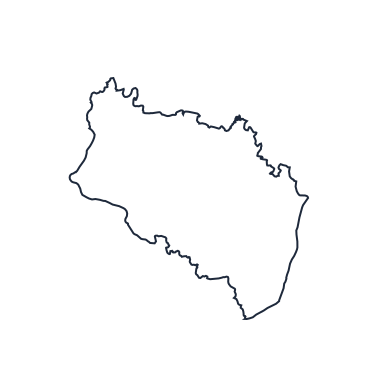 the district of Mompós, Bolívar, Colombia, rotated 237°
{"feature_id": "7082276B99347605500180", "entity_name": "Mompós", "entity_type": "district", "adm_level": 2, "iso_a3": "COL", "parent_name": "Colombia", "parent_adm1": "Bolívar", "projection": "mercator", "projection_center": [-74.509, 9.146], "detail": "fine", "context": "isolated", "style": "outline", "palette": "slate", "viewbox_px": 384, "rotation_deg": 237, "n_neighbors": 0, "source": "geoboundaries", "source_scale": "gbopen_adm2", "svg_char_len": 6088}
<svg xmlns="http://www.w3.org/2000/svg" viewBox="0 0 384 384"><g transform="rotate(237 192 192)"><path d="M56.7,167.3L55.7,168.7L54.7,171.4L53.8,174.8L54.2,179.1L53.5,187.6L53.6,192.2L52.5,201.6L53.0,205.6L53.7,206.1L61.4,216.4L65.0,219.5L65.9,221.5L67.9,224.0L68.6,224.2L70.9,226.7L73.5,230.2L78.5,235.2L81.0,239.0L82.7,242.8L85.0,246.5L86.7,248.8L88.1,250.2L93.1,253.4L99.3,256.4L102.9,258.5L104.9,261.3L112.2,268.3L119.1,276.0L120.5,278.0L123.8,286.1L124.9,286.4L126.1,286.1L127.5,284.9L130.4,280.7L131.1,280.3L132.9,280.1L135.6,280.3L140.1,281.8L144.1,285.2L145.7,283.8L146.1,284.0L147.2,283.8L147.2,283.6L148.1,283.2L149.9,282.6L151.9,282.5L156.4,284.6L159.4,287.4L160.6,285.8L162.5,285.4L163.1,284.9L164.9,283.1L167.1,281.4L166.7,279.7L165.5,277.9L164.1,277.5L162.0,278.2L161.6,278.1L160.9,276.7L160.5,274.7L158.3,273.6L159.0,272.5L159.0,271.0L160.2,269.8L163.2,269.3L164.6,267.5L164.9,267.4L165.3,268.5L165.2,269.6L164.8,270.5L165.0,271.4L166.5,273.5L166.9,273.7L167.7,273.5L170.5,272.2L171.2,272.5L171.5,272.4L172.7,270.3L173.3,269.6L174.4,269.9L176.9,271.3L177.5,272.1L178.0,272.2L178.8,271.6L180.8,269.3L182.4,267.8L182.9,268.0L183.0,268.7L182.7,269.9L183.2,270.0L183.8,269.7L186.0,267.0L186.9,266.5L188.2,268.0L188.8,268.4L190.5,273.2L192.0,274.3L192.7,275.3L195.0,276.2L195.3,274.9L194.7,272.1L194.9,271.8L196.6,271.5L198.1,271.4L200.0,273.3L202.4,273.9L204.8,274.2L205.2,274.7L205.7,277.3L206.6,278.3L207.1,278.1L208.2,276.5L208.9,276.1L214.1,276.2L214.9,275.9L215.2,275.3L215.1,275.0L213.3,272.4L214.5,271.0L215.9,270.5L216.9,270.5L217.7,270.8L220.5,273.3L220.9,273.9L221.6,276.7L224.5,274.7L225.3,274.6L225.4,274.2L226.0,274.0L226.4,273.2L226.1,272.5L226.3,272.5L226.4,271.4L227.9,270.3L227.5,269.5L227.8,268.8L228.2,269.1L228.7,269.0L228.9,269.8L228.7,270.0L228.7,270.9L228.3,271.5L228.3,272.2L227.8,272.6L228.4,272.9L229.3,272.6L229.6,273.4L229.3,273.6L230.2,273.3L230.0,273.0L229.7,273.1L229.6,271.9L230.7,270.5L230.8,269.9L230.4,269.4L229.9,269.6L230.1,268.8L229.8,268.3L229.4,268.2L228.5,266.9L227.9,266.6L227.9,265.5L227.3,265.3L227.1,266.5L226.8,266.4L227.2,264.4L226.8,263.7L226.9,263.1L226.4,263.0L226.3,262.0L225.6,259.8L224.8,259.7L224.6,259.5L224.9,258.9L224.7,258.4L224.4,258.2L224.2,257.1L223.8,256.2L224.4,254.1L225.8,253.2L226.8,253.6L228.2,253.5L229.0,253.1L229.7,253.2L230.9,252.8L231.1,252.0L230.4,250.2L230.5,249.1L234.3,245.9L236.7,243.5L236.6,241.6L237.7,241.1L238.9,241.6L241.6,240.4L244.1,238.0L245.4,235.3L245.9,235.6L247.3,235.3L247.5,235.0L249.4,235.2L252.0,237.7L252.0,238.3L251.3,239.3L251.6,240.0L253.8,239.7L254.9,239.2L261.2,232.8L262.8,230.7L263.2,229.8L262.7,227.8L261.9,226.9L263.2,227.0L264.6,228.5L265.3,228.5L265.9,228.0L266.5,227.1L267.2,222.7L266.8,221.5L265.9,220.9L265.7,220.4L265.8,219.9L267.3,217.7L268.1,214.6L268.9,213.0L269.7,212.1L272.6,209.9L273.1,209.1L275.7,208.8L276.5,208.4L277.3,207.0L279.7,201.7L280.9,199.9L280.9,199.5L283.7,195.5L285.1,194.5L286.4,195.3L287.2,195.2L290.0,197.6L291.2,197.7L292.3,196.3L292.8,194.1L294.0,192.7L294.8,191.2L295.8,190.5L297.0,190.3L298.2,190.9L301.5,193.4L302.2,194.6L302.1,195.1L301.5,195.4L300.2,194.7L300.0,194.8L299.8,195.4L302.1,198.5L303.2,199.4L305.3,200.4L306.7,201.4L307.7,201.7L309.0,201.6L310.0,201.2L310.6,199.4L310.4,197.6L307.6,194.4L306.8,191.9L307.1,189.5L308.2,187.6L309.6,187.1L312.3,187.5L315.1,190.6L315.7,190.8L316.4,187.4L318.0,184.0L318.7,184.7L319.4,184.2L320.4,184.2L321.6,185.6L324.5,186.9L330.4,188.1L331.5,185.8L331.4,185.2L330.4,184.2L330.2,183.5L329.9,181.6L330.2,180.3L330.2,179.9L328.4,180.0L328.3,179.3L326.5,178.6L326.1,178.2L327.1,175.7L326.5,174.9L325.5,174.4L324.9,173.3L324.6,172.0L324.7,171.3L325.2,170.7L326.5,169.8L326.0,168.1L326.6,165.6L328.8,164.1L329.1,162.6L328.7,161.1L327.4,159.9L326.2,158.1L324.8,157.0L322.0,156.7L321.5,156.3L321.7,155.9L320.0,156.0L318.9,155.4L316.5,152.8L315.8,149.0L314.7,147.0L313.5,145.7L311.7,144.8L310.9,144.1L309.4,143.3L306.1,143.6L304.7,142.6L302.3,142.0L301.5,141.3L301.3,140.5L299.0,141.5L296.3,141.9L293.1,141.6L291.0,139.7L289.0,137.0L287.5,134.4L286.0,131.5L284.6,127.5L283.8,126.1L281.9,124.8L278.9,121.6L277.1,118.4L274.4,111.5L272.3,107.2L271.9,105.5L272.2,105.4L272.2,102.4L272.7,100.8L272.4,99.2L271.9,98.3L270.8,97.3L269.2,96.6L267.6,96.6L266.2,96.8L264.9,97.6L262.4,99.9L260.2,100.6L255.7,100.1L252.4,98.9L249.3,98.5L245.0,100.7L242.6,102.1L240.2,104.1L238.7,107.2L235.6,110.5L232.8,112.9L231.7,114.4L227.6,117.0L224.7,118.6L219.8,123.2L215.7,125.8L214.0,126.5L211.5,126.7L209.2,125.9L207.2,124.2L205.7,121.5L204.9,120.8L204.2,120.3L203.3,120.1L202.4,120.1L200.4,121.1L199.5,120.5L189.2,120.4L188.0,120.8L185.6,122.4L180.5,123.8L179.5,124.7L177.4,127.2L176.1,127.8L174.8,128.1L174.0,128.6L172.1,129.1L169.3,132.7L170.2,134.9L174.9,136.6L175.2,137.0L175.1,137.8L174.4,139.0L173.1,139.8L171.9,142.3L168.5,145.0L167.1,145.2L165.4,143.9L163.4,143.3L162.0,144.0L160.5,143.5L159.6,143.8L159.1,143.2L158.7,142.0L158.8,141.3L159.4,140.2L159.3,139.8L156.9,138.9L154.7,138.3L153.8,138.4L152.3,139.1L152.1,139.7L154.2,141.7L154.0,142.1L153.7,142.2L153.5,143.3L152.3,143.5L151.9,143.1L151.3,143.6L150.5,145.1L150.8,146.3L150.5,146.9L150.6,147.7L150.4,148.1L149.5,148.6L148.5,148.6L147.3,147.7L146.3,147.3L145.5,147.4L144.1,148.2L143.2,148.2L142.5,150.2L141.3,152.3L140.2,152.3L139.1,152.9L139.2,153.9L138.6,154.4L136.3,153.6L135.0,152.3L134.3,152.0L131.4,152.0L130.6,152.7L130.0,154.0L128.9,154.8L128.5,156.8L127.8,157.1L126.7,155.4L126.0,155.5L125.6,155.0L125.6,154.3L125.2,153.8L122.0,151.0L120.7,150.7L119.4,151.2L116.2,151.2L115.3,152.2L115.6,155.3L114.4,156.3L114.1,158.0L112.7,158.8L111.7,158.1L111.5,157.7L111.1,157.8L109.0,159.7L105.0,167.3L103.9,170.4L103.6,171.8L102.8,172.9L102.2,174.9L101.2,175.8L99.8,175.5L97.2,173.6L95.9,173.0L94.6,172.8L91.8,173.0L87.6,175.2L87.2,175.2L86.5,174.9L85.2,173.5L82.5,173.1L81.4,172.3L80.7,171.5L80.3,169.5L78.0,170.9L75.5,170.6L73.4,169.9L72.6,169.9L71.6,170.3L70.1,171.6L69.4,170.6L68.4,169.8L65.9,170.6L63.9,170.0L61.8,169.0L60.9,168.4L60.0,168.1L59.0,169.0L58.4,169.0L58.0,168.2L56.7,167.7L56.7,167.3Z" fill="none" stroke="#1e293b" stroke-width="2"/></g></svg>